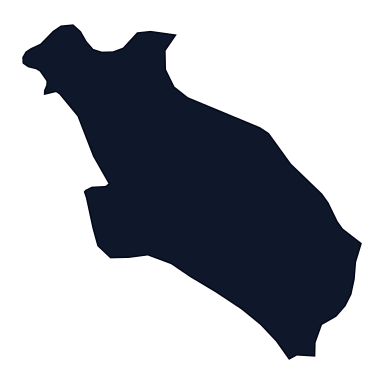 an SVG outline of Pljevlja
{"feature_id": "MNE-1516", "entity_name": "Pljevlja", "entity_type": "Municipality", "adm_level": 1, "iso_a3": "MNE", "parent_name": "Montenegro", "parent_adm1": "", "projection": "natural_earth1", "projection_center": [19.172, 43.297], "detail": "fine", "context": "isolated", "style": "filled", "palette": "ink", "viewbox_px": 384, "rotation_deg": 0, "n_neighbors": 0, "source": "natural_earth", "source_scale": "10m", "svg_char_len": 889}
<svg xmlns="http://www.w3.org/2000/svg" viewBox="0 0 384 384"><path d="M175.5,35.1L164.9,50.5L165.3,69.6L173.9,87.1L187.6,97.9L259.8,127.9L268.5,133.7L290.5,164.2L321.6,194.1L327.9,202.9L337.0,221.6L342.3,229.1L361.0,243.6L355.4,262.0L354.0,279.2L350.8,294.2L345.0,305.7L335.8,316.2L321.4,324.4L314.9,342.5L314.6,355.9L296.7,354.8L289.2,358.9L276.6,341.1L260.9,324.4L241.8,308.8L215.8,291.6L190.7,276.6L171.4,263.5L147.8,254.7L128.8,257.2L110.6,257.6L98.0,245.7L93.2,228.3L86.6,197.7L84.6,191.9L85.8,190.5L91.9,187.4L105.7,186.7L109.4,183.8L93.6,156.0L78.1,116.0L59.9,93.9L56.2,91.3L44.6,94.1L44.7,90.7L47.0,85.2L47.2,80.9L40.2,70.9L36.4,68.6L28.4,66.6L23.3,63.1L23.0,57.5L26.1,52.1L31.1,48.8L40.8,44.3L53.3,31.5L61.1,26.2L73.0,25.1L80.4,31.8L86.0,41.6L92.9,49.6L101.8,52.4L113.0,52.1L123.3,48.3L137.4,33.0L150.5,31.6L175.5,35.1Z" fill="#0f172a" stroke="#020617" stroke-width="1.5"/></svg>